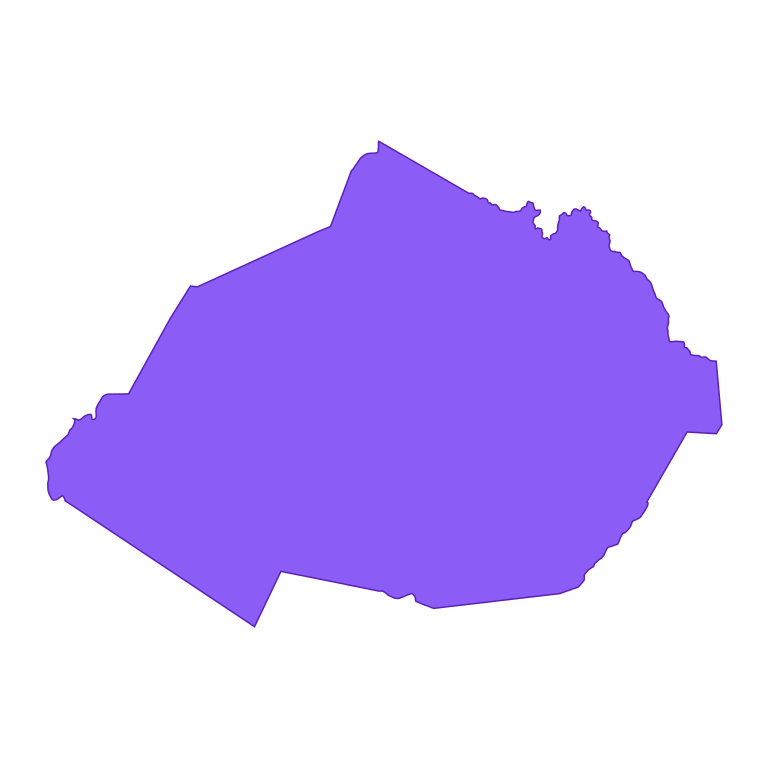 San Juan de Flores, Francisco Morazán, Honduras (Robinson projection)
{"feature_id": "27666195B42566611093852", "entity_name": "San Juan de Flores", "entity_type": "district", "adm_level": 2, "iso_a3": "HND", "parent_name": "Honduras", "parent_adm1": "Francisco Morazán", "projection": "robinson", "projection_center": [-86.926, 14.309], "detail": "fine", "context": "isolated", "style": "filled", "palette": "violet", "viewbox_px": 768, "rotation_deg": 0, "n_neighbors": 0, "source": "geoboundaries", "source_scale": "gbopen_adm2", "svg_char_len": 6043}
<svg xmlns="http://www.w3.org/2000/svg" viewBox="0 0 768 768"><path d="M716.3,433.7L721.9,424.8L716.2,361.2L714.5,361.0L711.8,360.9L710.7,360.7L708.9,359.6L706.2,357.2L704.8,356.9L702.8,357.2L701.3,357.2L700.8,357.0L699.8,356.1L698.5,355.6L693.9,355.4L692.3,355.0L690.9,354.8L690.5,354.2L689.9,351.3L689.0,350.6L687.3,348.3L686.7,347.8L685.1,347.6L684.7,347.5L684.5,347.3L684.4,346.3L684.5,344.4L684.3,343.5L683.9,342.4L683.7,342.0L683.4,341.9L681.8,341.6L679.0,341.5L676.1,341.3L674.4,341.4L672.0,341.7L670.5,341.8L669.7,341.6L668.1,335.3L668.0,333.6L667.8,329.8L667.5,329.0L667.4,328.0L667.7,325.8L668.4,323.7L668.6,322.5L668.4,318.9L668.5,318.0L669.0,316.9L669.0,316.3L668.9,315.7L668.0,313.9L666.2,311.6L663.7,307.3L662.9,304.7L662.2,302.8L661.5,301.4L660.8,300.8L657.4,298.8L656.6,298.2L656.3,297.9L654.5,292.9L653.7,291.3L651.5,284.4L650.8,282.8L649.1,280.7L647.9,279.8L647.0,278.9L645.0,275.3L643.9,274.3L642.0,272.9L640.7,272.2L639.5,271.8L636.9,271.4L633.9,271.4L633.4,271.2L633.1,271.0L632.5,270.0L631.6,267.9L630.7,266.3L629.5,262.2L628.8,260.6L628.1,260.0L627.2,259.6L623.8,257.5L623.3,257.0L621.6,255.4L620.4,252.9L620.2,252.6L619.4,252.3L616.5,252.2L614.3,251.4L613.2,251.5L612.3,251.4L611.3,250.9L610.6,250.4L610.0,249.4L609.4,247.2L609.0,246.2L610.1,240.9L609.8,239.6L609.2,238.3L609.1,237.8L609.2,236.5L609.6,235.4L609.6,234.8L607.4,233.0L607.0,232.2L606.9,231.4L606.8,231.1L606.1,231.1L603.9,231.3L603.0,231.2L602.3,231.0L601.5,230.3L600.4,228.6L597.7,226.8L597.4,226.3L598.1,224.7L598.3,223.1L598.1,222.5L597.3,221.7L596.8,221.3L596.1,221.0L592.7,220.4L591.9,219.8L591.7,219.4L591.8,217.4L591.2,216.7L590.1,215.8L589.6,215.0L589.7,214.2L590.4,212.9L590.7,212.0L590.5,211.2L590.0,210.5L589.4,210.2L588.5,209.9L586.8,210.3L586.2,210.2L585.8,209.5L585.5,208.5L585.3,208.1L584.5,207.1L583.8,206.8L583.0,207.3L581.4,209.1L581.2,209.4L581.1,210.3L580.7,210.8L580.3,211.1L576.3,209.0L574.9,209.0L573.7,209.3L571.7,212.3L571.3,214.4L571.2,215.0L570.8,215.4L570.3,215.6L568.8,215.7L567.3,215.5L567.0,215.3L566.0,213.5L565.7,213.2L564.5,212.7L563.8,212.7L563.4,212.8L562.8,213.6L562.2,214.1L561.5,214.7L560.2,215.3L559.3,216.1L559.4,219.9L557.7,225.2L557.6,229.7L557.0,231.3L556.3,232.4L555.3,233.3L553.6,233.8L552.0,234.8L550.9,235.7L550.6,236.4L550.6,239.0L550.5,239.4L550.2,239.6L549.4,239.7L548.6,239.4L547.7,238.7L547.2,237.8L547.0,237.7L546.7,237.7L545.9,238.2L545.0,238.5L544.4,238.6L544.0,238.5L543.2,238.2L542.7,237.8L542.2,237.1L541.9,236.4L541.9,235.5L542.4,234.5L542.6,233.6L542.4,232.7L541.9,231.4L541.8,230.5L541.9,229.7L541.7,229.3L541.1,228.8L540.1,228.7L538.0,227.9L537.7,227.9L537.0,228.5L536.5,228.7L535.9,228.8L535.4,228.6L535.2,228.3L535.1,227.9L535.2,226.5L535.1,225.5L533.8,224.0L533.1,222.7L532.9,222.1L533.0,221.5L534.0,217.8L535.6,216.5L537.3,215.9L538.6,215.0L539.7,213.7L540.2,212.7L540.4,212.1L540.3,210.9L540.0,210.0L536.2,210.4L535.6,210.3L534.8,209.7L534.5,209.2L534.5,208.3L533.9,207.1L533.6,205.8L533.2,203.7L533.0,203.2L532.7,202.9L532.2,202.8L531.3,202.8L530.4,202.5L529.5,201.8L528.9,201.5L528.5,201.4L528.1,201.6L527.6,202.1L527.2,202.8L526.9,203.8L526.8,205.2L526.3,206.1L522.3,207.9L520.9,210.3L520.3,210.8L519.7,211.1L517.1,211.5L515.6,211.5L514.5,212.2L513.2,212.4L505.3,211.2L504.3,211.0L503.0,210.4L501.3,210.4L500.4,210.2L499.8,209.9L499.4,209.3L499.0,208.6L498.8,207.8L498.4,207.2L496.1,204.8L495.5,204.6L494.7,204.5L493.1,204.9L491.8,204.9L491.5,204.7L491.0,203.8L490.3,203.0L490.0,202.9L489.1,202.9L488.2,202.3L487.8,201.8L487.8,200.9L487.5,200.2L487.0,199.4L486.5,199.0L485.0,198.5L482.9,198.0L481.6,198.3L480.5,198.9L480.1,198.9L479.2,198.3L477.6,197.0L474.4,195.3L473.5,194.2L472.4,193.5L470.6,193.1L469.0,193.4L378.8,141.3L378.5,142.9L378.5,146.4L378.2,150.1L378.0,151.4L377.5,152.4L376.9,152.8L376.1,153.0L370.5,153.3L368.1,153.5L365.5,154.4L363.7,155.5L360.5,158.1L357.0,163.4L355.3,165.6L354.1,167.7L352.4,169.8L351.4,170.7L330.5,226.5L317.8,231.7L197.3,286.9L190.5,286.0L170.2,318.5L128.6,393.9L107.6,394.2L105.7,394.8L104.6,395.3L103.6,395.9L102.6,396.8L101.6,398.3L100.1,401.1L98.8,402.9L97.2,405.9L96.5,407.5L96.2,408.4L96.1,409.6L96.0,411.9L96.2,414.9L96.1,417.2L95.8,417.8L95.4,418.5L94.4,419.2L92.9,419.6L92.4,419.6L92.1,419.4L91.8,418.6L91.7,416.6L91.5,415.2L91.0,414.6L90.2,414.3L88.1,414.7L84.9,415.9L83.6,416.9L80.8,419.4L80.2,419.7L79.2,419.9L78.1,419.9L77.5,419.7L75.5,418.9L73.8,418.8L74.9,419.6L74.4,423.3L72.7,427.1L71.1,429.0L69.8,430.1L68.1,434.6L59.9,442.2L54.9,446.3L54.1,447.1L52.5,449.4L51.6,451.0L51.3,451.8L51.3,453.1L51.0,454.2L50.5,455.8L49.8,457.2L48.6,458.9L47.3,460.0L46.6,460.9L46.2,461.5L46.1,462.3L46.3,463.4L46.9,465.2L47.7,469.2L48.6,477.0L48.6,478.3L48.5,480.2L47.9,482.4L47.8,483.6L47.9,487.4L48.1,490.5L48.7,492.6L49.4,494.5L51.1,497.8L51.8,498.9L52.4,499.6L53.0,500.0L53.8,500.1L55.1,500.0L56.2,499.7L57.5,499.1L61.7,496.1L62.4,495.8L62.9,496.0L63.5,496.7L64.2,497.9L64.8,499.4L65.0,500.6L254.5,626.7L280.9,571.4L317.7,578.7L378.9,591.1L380.4,591.0L382.9,591.2L385.1,592.6L388.3,595.2L393.6,597.8L395.1,598.2L397.5,598.5L399.6,598.3L400.2,598.0L401.4,597.3L403.3,596.8L405.4,595.8L408.4,594.7L410.7,593.8L411.4,593.6L412.0,593.6L412.7,593.9L413.3,594.5L414.3,595.8L415.0,596.9L415.4,598.0L415.4,599.8L415.7,600.8L415.9,601.3L424.6,605.0L428.0,606.1L432.1,607.8L434.2,608.3L559.6,593.6L578.3,587.0L583.6,581.0L583.9,580.4L584.2,579.7L584.3,578.8L584.2,575.3L584.4,574.7L584.9,574.0L587.6,570.7L588.7,569.7L589.9,568.8L593.6,566.5L594.0,565.5L594.3,564.3L594.8,563.4L596.0,562.5L596.9,561.7L598.9,559.7L601.7,557.9L602.8,556.7L604.0,555.1L604.8,553.1L606.7,549.1L607.8,547.7L608.2,547.3L609.1,547.0L613.3,545.7L614.8,545.1L616.6,544.6L617.7,544.1L619.5,540.3L619.8,539.0L620.4,537.5L622.2,534.3L622.9,533.5L623.3,533.1L624.7,532.8L625.6,532.3L629.1,528.5L629.9,527.4L630.6,526.2L631.7,523.2L632.2,521.9L632.6,521.4L633.7,520.6L635.6,519.9L639.1,518.1L640.1,517.4L640.9,516.5L643.1,513.1L644.3,511.5L647.3,506.4L647.9,504.4L648.0,503.1L647.6,502.5L646.7,502.1L687.1,432.0L716.3,433.7Z" fill="#8b5cf6" stroke="#5b21b6" stroke-width="1.5"/></svg>